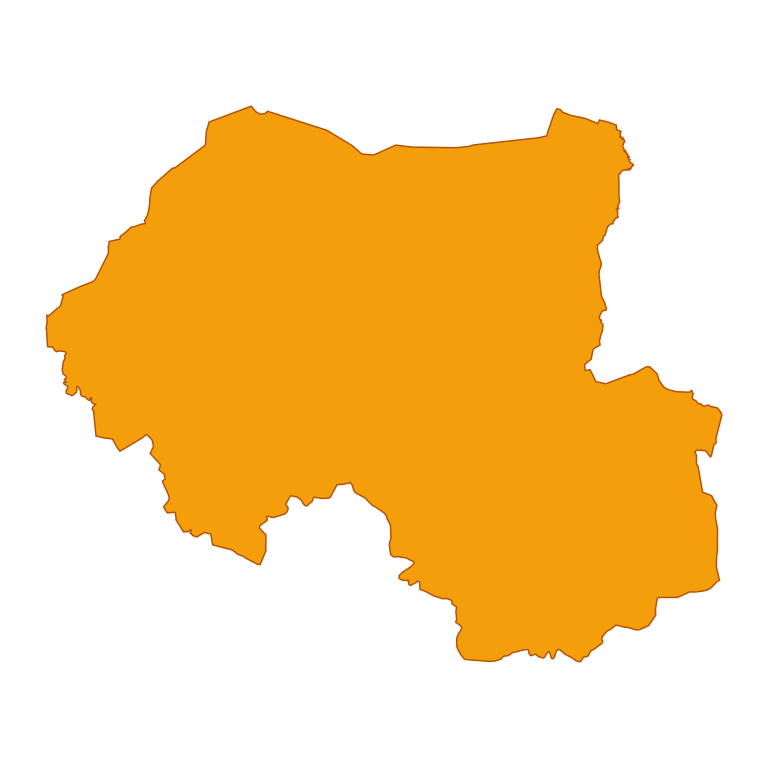 outline of Inešu pag., Vecpiebalgas, Latvia
{"feature_id": "27541924B64106347464123", "entity_name": "Inešu pag.", "entity_type": "district", "adm_level": 2, "iso_a3": "LVA", "parent_name": "Latvia", "parent_adm1": "Vecpiebalgas", "projection": "orthographic", "projection_center": [25.833, 57.007], "detail": "fine", "context": "isolated", "style": "filled", "palette": "amber", "viewbox_px": 768, "rotation_deg": 0, "n_neighbors": 0, "source": "geoboundaries", "source_scale": "gbopen_adm2", "svg_char_len": 6061}
<svg xmlns="http://www.w3.org/2000/svg" viewBox="0 0 768 768"><path d="M96.0,436.0L104.4,438.0L112.4,438.9L117.4,447.8L119.9,451.2L141.8,438.2L146.6,434.4L151.6,439.3L152.6,441.6L153.5,446.5L150.2,453.4L160.2,464.3L160.3,466.0L158.9,469.9L164.2,474.1L165.1,479.3L162.6,480.9L162.6,481.8L168.4,494.7L169.3,497.8L168.7,500.5L163.5,506.9L166.9,512.4L167.7,512.9L173.8,512.3L175.3,512.7L176.3,519.7L176.0,519.8L183.5,531.9L188.0,531.6L190.8,529.7L191.1,530.3L190.1,533.3L191.4,533.8L192.7,535.5L196.7,537.0L204.3,532.6L210.7,534.0L212.7,544.9L232.0,549.9L238.1,554.4L242.9,556.1L246.3,558.4L257.1,564.1L260.1,564.6L266.0,550.5L265.7,549.5L266.0,535.0L259.4,528.1L259.9,525.6L266.9,520.6L267.4,519.1L266.4,516.7L267.8,516.3L270.5,516.7L272.0,517.5L274.6,517.2L284.8,514.0L286.6,512.3L287.7,510.5L288.1,508.5L287.7,506.8L286.1,505.5L286.0,503.6L290.5,495.7L296.5,496.8L299.4,498.6L301.3,500.2L302.9,503.2L304.8,505.4L306.7,506.0L312.3,501.1L312.9,498.6L314.0,497.2L322.8,498.5L328.9,498.1L330.4,497.1L336.7,485.3L337.6,484.6L342.9,484.3L350.6,482.6L352.2,485.2L353.8,490.3L355.1,492.5L365.0,497.9L372.5,505.5L375.6,507.0L384.3,513.1L386.3,515.8L386.6,516.4L386.7,517.8L390.4,525.1L391.0,538.3L389.2,544.0L390.7,554.5L393.5,556.9L398.3,556.7L406.3,558.0L413.9,561.9L414.2,562.6L413.6,563.9L410.4,567.2L403.1,571.7L399.3,575.3L399.1,578.4L401.5,579.9L405.7,580.6L408.1,580.1L408.8,584.1L409.4,585.1L411.1,585.2L416.2,582.4L417.0,581.5L418.2,581.3L419.5,582.0L420.1,589.5L424.7,591.0L434.2,596.1L443.1,598.8L446.3,598.5L451.5,600.2L452.2,604.0L456.6,607.1L455.9,611.8L456.6,618.6L456.5,619.9L455.8,621.6L455.9,622.4L460.9,625.9L461.7,627.2L461.0,629.9L458.6,633.6L457.1,636.9L456.7,639.8L456.6,644.5L457.3,648.2L460.6,654.3L464.3,659.0L466.5,659.6L489.4,661.4L494.4,661.1L500.8,659.2L503.6,656.2L507.7,655.7L510.1,654.5L512.0,652.9L522.6,650.1L527.2,649.5L528.4,650.2L528.9,651.6L529.1,653.8L530.5,655.6L531.9,655.5L534.8,654.2L535.8,654.4L538.4,656.6L543.4,658.0L544.7,657.1L546.3,654.1L548.7,651.7L549.9,652.8L550.6,656.0L551.3,657.8L552.1,658.7L553.0,658.7L553.9,657.9L554.8,656.2L556.0,651.9L556.9,650.4L558.7,649.4L559.7,649.7L565.0,654.2L572.1,657.8L575.8,660.6L580.0,661.8L580.8,661.4L583.6,657.0L587.5,656.4L588.5,655.3L590.5,651.3L595.6,648.1L601.6,643.6L602.7,642.1L602.7,641.0L601.8,639.5L601.8,638.3L603.1,635.5L607.3,630.9L610.1,629.7L616.1,625.0L625.3,627.4L627.1,627.3L636.3,629.9L639.3,629.7L648.5,625.7L655.7,615.2L655.5,608.6L656.8,600.9L657.3,598.8L658.2,597.5L677.7,597.4L689.5,591.9L695.5,592.0L704.2,590.8L707.6,589.8L709.9,588.5L711.9,587.0L717.2,581.5L719.5,580.4L716.2,566.2L716.8,554.7L717.2,553.1L717.5,548.4L717.3,542.0L717.6,532.0L717.3,527.2L715.7,519.7L715.2,513.2L716.9,505.2L713.7,500.0L711.6,495.6L702.6,492.2L698.0,466.2L696.5,464.1L696.5,455.5L694.8,451.5L697.2,450.0L705.6,450.8L710.4,456.9L711.4,455.6L713.8,445.1L716.2,442.6L715.8,439.2L716.4,436.4L721.9,414.9L720.6,411.9L717.3,407.9L710.0,406.3L709.7,405.6L708.2,405.0L704.9,406.1L703.2,406.1L702.1,405.4L701.7,404.4L697.7,403.2L696.3,401.1L692.8,399.0L692.4,398.3L692.2,396.4L693.3,393.8L692.4,392.4L691.9,390.6L691.5,390.4L689.8,392.0L688.4,392.2L676.4,391.7L668.4,389.7L663.7,387.1L659.0,380.3L657.1,373.8L649.7,366.8L646.3,366.8L633.3,374.1L629.5,374.9L605.9,383.8L596.0,381.7L590.1,369.7L585.2,370.4L584.6,365.0L587.7,361.7L591.1,359.5L593.0,349.9L594.3,348.2L600.0,345.2L599.5,340.8L600.9,334.8L602.4,331.1L602.9,326.3L602.7,324.1L600.9,322.3L600.5,321.4L601.5,320.3L599.4,318.7L599.7,315.7L602.3,310.9L605.7,310.3L606.4,309.7L606.5,309.0L604.3,301.8L601.5,296.3L599.0,274.6L599.3,270.7L600.9,266.5L601.4,263.4L599.5,257.8L597.4,249.4L597.5,245.2L602.5,240.4L603.5,236.3L605.1,235.2L606.7,229.1L608.0,226.2L610.9,223.8L613.0,223.7L613.4,221.1L614.7,220.1L615.0,218.6L618.1,217.3L618.2,216.8L617.7,216.1L617.6,211.6L617.1,211.0L617.6,210.5L616.6,209.1L617.4,209.0L617.5,208.3L618.7,208.6L618.8,208.3L617.6,207.1L617.9,206.4L617.8,205.7L618.3,205.2L619.7,201.2L619.0,197.2L618.9,180.0L618.5,175.3L622.5,170.3L626.5,170.0L627.5,169.0L628.0,169.8L629.0,169.1L629.2,169.9L630.1,169.4L630.0,168.4L631.1,168.3L631.9,166.4L633.4,165.3L632.6,163.9L630.3,162.6L629.2,159.9L629.5,159.7L628.8,159.6L628.7,158.5L627.7,157.5L628.5,157.4L627.7,156.8L627.7,156.3L628.3,156.3L627.7,155.9L627.5,155.2L627.8,154.6L627.0,154.2L626.7,153.7L626.9,153.3L626.3,153.0L625.9,151.8L625.2,152.2L624.7,151.7L625.3,150.4L624.0,150.3L623.7,148.1L622.5,146.5L623.5,144.0L623.4,142.9L624.6,142.2L624.4,140.1L623.8,139.8L623.5,138.8L622.3,139.1L622.6,138.5L622.7,137.5L620.1,137.2L620.1,136.6L620.7,136.0L620.0,134.6L621.0,131.4L616.6,129.7L616.3,125.1L608.2,122.1L599.4,120.0L597.9,123.5L585.3,118.5L570.5,115.3L562.6,112.2L560.6,109.7L557.0,108.8L554.1,113.7L547.6,132.5L546.9,135.8L538.3,137.8L473.0,145.0L469.2,146.4L456.3,147.7L412.1,147.1L395.7,145.1L373.8,155.0L361.7,154.0L352.0,145.5L326.9,130.3L267.6,111.3L265.1,113.5L260.2,114.2L255.7,111.6L251.2,106.2L209.1,122.0L206.3,131.6L205.4,145.1L175.3,167.6L172.2,168.4L157.7,181.2L151.6,188.0L150.1,196.4L149.7,200.7L149.9,201.9L148.8,209.6L147.7,214.6L144.4,220.9L145.4,222.7L145.4,223.7L141.2,224.1L133.9,226.9L131.3,227.0L125.8,232.1L120.0,236.6L120.4,237.8L119.6,239.2L109.1,241.5L108.9,244.5L108.3,246.5L108.4,253.3L95.5,279.2L93.9,280.9L91.1,282.3L80.1,286.6L63.5,294.0L62.1,295.0L63.1,296.1L60.5,305.8L48.4,316.0L46.8,315.3L47.1,321.7L46.1,328.3L46.4,328.4L47.5,346.1L47.9,346.8L52.7,347.0L54.3,349.8L56.3,351.7L60.0,350.9L65.1,351.7L66.0,352.4L65.9,353.2L64.8,355.5L64.9,358.4L63.1,362.4L62.9,365.5L62.2,369.6L62.9,373.7L65.7,375.8L66.1,377.0L66.1,378.3L64.3,379.5L66.1,382.3L64.2,382.2L63.7,382.6L63.7,383.2L64.1,384.0L67.9,386.6L67.9,387.7L66.2,390.7L66.1,392.7L66.4,393.2L71.5,395.5L72.9,395.3L76.5,392.1L76.9,389.4L76.7,387.0L77.7,386.2L80.0,389.5L80.5,391.9L80.5,394.2L81.3,395.5L82.9,396.6L85.4,396.9L86.6,398.5L88.9,400.3L89.7,400.3L90.4,397.9L91.3,397.7L91.7,398.5L91.3,400.9L91.5,401.9L92.7,403.4L95.5,404.5L92.8,407.1L92.3,408.9L92.5,410.1L94.1,411.3L93.7,412.7L96.0,436.0Z" fill="#f59e0b" stroke="#b45309" stroke-width="1.5"/></svg>